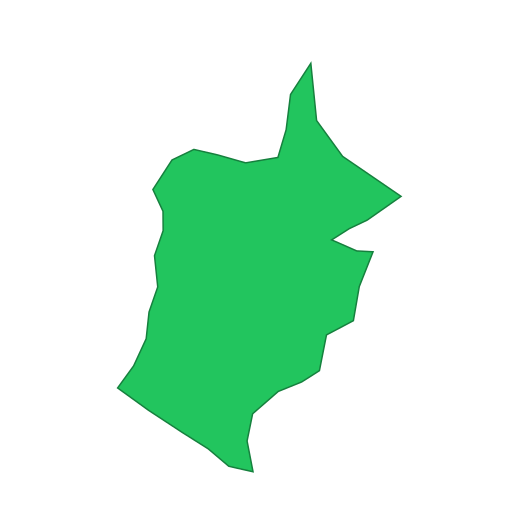 Kazafani, Cyprus, rotated 126°
{"feature_id": "46923920B35244398471877", "entity_name": "Kazafani", "entity_type": "district", "adm_level": 2, "iso_a3": "CYP", "parent_name": "Cyprus", "parent_adm1": "", "projection": "robinson", "projection_center": [33.356, 35.324], "detail": "fine", "context": "isolated", "style": "filled", "palette": "green", "viewbox_px": 512, "rotation_deg": 126, "n_neighbors": 0, "source": "geoboundaries", "source_scale": "gbopen_adm2", "svg_char_len": 649}
<svg xmlns="http://www.w3.org/2000/svg" viewBox="0 0 512 512"><g transform="rotate(126 256 256)"><path d="M67.9,324.9L105.0,323.0L136.2,305.8L163.4,296.2L186.8,319.2L196.6,346.0L206.3,368.9L227.7,380.4L262.8,378.5L274.5,357.5L290.1,346.0L315.4,338.3L338.8,317.3L364.2,309.6L387.5,296.2L416.8,290.4L444.1,290.4L444.0,252.2L442.1,212.0L440.1,181.3L442.1,154.5L438.6,146.2L432.3,131.6L410.9,154.5L385.6,166.0L352.5,158.4L331.0,145.0L311.5,137.3L278.4,152.6L251.1,139.2L220.0,154.5L183.8,163.8L192.7,177.5L198.5,204.3L179.0,196.6L161.5,187.1L122.5,173.7L124.5,244.5L110.8,286.6L67.9,324.9Z" fill="#22c55e" stroke="#15803d" stroke-width="1.5"/></g></svg>